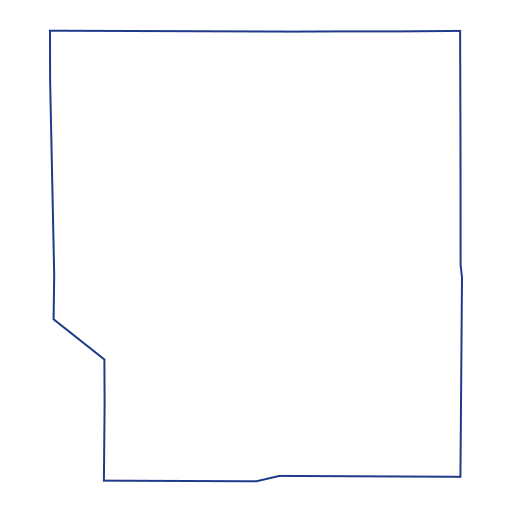 Panola, Mississippi, United States of America (Equal Earth projection)
{"feature_id": "52423323B80158894867662", "entity_name": "Panola", "entity_type": "district", "adm_level": 2, "iso_a3": "USA", "parent_name": "United States of America", "parent_adm1": "Mississippi", "projection": "equal_earth", "projection_center": [-89.93, 34.357], "detail": "fine", "context": "isolated", "style": "outline", "palette": "blue", "viewbox_px": 512, "rotation_deg": 0, "n_neighbors": 0, "source": "geoboundaries", "source_scale": "gbopen_adm2", "svg_char_len": 369}
<svg xmlns="http://www.w3.org/2000/svg" viewBox="0 0 512 512"><path d="M460.7,443.6L462.0,277.5L460.6,264.8L460.5,151.4L460.5,148.7L460.1,30.9L399.2,31.4L338.6,31.4L293.2,31.6L50.0,30.7L50.1,80.1L54.2,274.9L53.6,319.3L104.4,359.5L104.6,405.3L103.9,480.7L118.0,480.7L256.2,481.3L279.5,475.9L460.4,476.8L460.7,443.6Z" fill="none" stroke="#1e3a8a" stroke-width="2"/></svg>